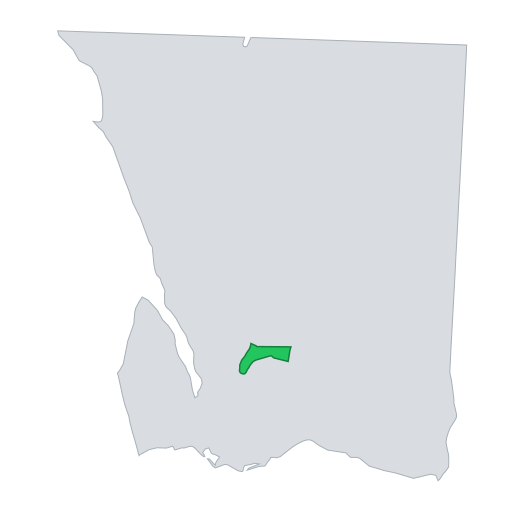 where Bani Suwayf sits in Egypt, rotated 182°
{"feature_id": "EGY-1546", "entity_name": "Bani Suwayf", "entity_type": "Governorate", "adm_level": 1, "iso_a3": "EGY", "parent_name": "Egypt", "parent_adm1": "", "projection": "equal_earth", "projection_center": [30.952, 29.058], "detail": "fine", "context": "in_parent", "style": "filled", "palette": "green", "viewbox_px": 512, "rotation_deg": 182, "n_neighbors": 0, "source": "natural_earth", "source_scale": "10m", "svg_char_len": 3670}
<svg xmlns="http://www.w3.org/2000/svg" viewBox="0 0 512 512"><g transform="rotate(182 256 256)"><path d="M462.0,474.1L450.7,474.1L439.4,474.1L428.1,474.1L416.8,474.2L405.5,474.2L394.2,474.2L382.9,474.2L371.6,474.2L360.4,474.2L349.1,474.2L337.8,474.2L326.5,474.2L315.2,474.2L303.9,474.2L292.6,474.2L281.3,474.2L274.9,474.2L276.0,470.1L276.6,467.2L275.9,465.2L273.7,464.6L272.2,465.3L268.9,473.9L267.1,474.2L263.1,474.2L250.0,474.2L236.8,474.2L223.7,474.2L210.5,474.2L197.4,474.2L184.2,474.2L171.1,474.2L157.9,474.2L144.8,474.2L131.6,474.2L118.5,474.2L105.3,474.2L92.2,474.2L79.1,474.2L65.9,474.2L52.8,474.2L52.9,463.8L53.1,453.5L53.2,443.1L53.4,432.8L53.5,422.5L53.7,412.1L53.8,401.8L54.0,391.5L54.2,381.3L54.3,371.0L54.5,360.7L54.7,350.5L54.8,340.2L55.0,330.0L55.2,319.7L55.4,309.5L55.5,299.3L55.7,289.1L55.9,278.9L56.1,268.8L56.3,258.6L56.4,248.4L56.6,238.3L56.8,228.2L57.0,218.0L57.2,207.9L57.4,197.8L57.6,187.7L57.8,177.7L58.0,167.6L58.1,157.6L58.3,147.5L58.1,145.6L56.4,138.8L54.9,130.2L53.2,119.6L53.1,116.1L50.2,105.2L50.0,102.1L50.8,99.9L56.1,90.7L57.7,86.3L59.1,80.9L59.6,76.6L58.2,69.9L56.6,64.0L56.2,57.9L56.1,51.9L58.7,47.8L61.9,44.0L63.1,41.6L64.9,39.0L66.2,37.8L68.6,43.1L73.8,44.0L90.8,39.3L109.4,44.1L119.7,45.9L135.5,50.0L145.1,57.3L147.7,58.2L154.7,58.1L159.2,62.4L177.4,64.5L187.0,69.2L192.5,73.0L195.8,74.2L198.7,74.0L202.7,72.6L207.7,69.9L213.1,66.2L224.4,56.6L228.3,55.0L230.9,55.4L234.1,55.3L235.4,52.7L237.1,50.9L238.1,48.9L239.8,46.5L245.6,45.8L257.3,41.7L256.0,43.6L245.4,48.3L249.9,48.8L254.6,47.3L259.9,46.2L260.9,44.3L261.6,40.6L262.6,40.1L266.3,40.7L277.2,46.4L280.0,46.6L287.7,43.4L289.3,42.8L291.8,44.5L297.5,51.6L295.5,51.5L289.4,45.4L288.9,48.4L285.4,53.8L289.8,56.1L293.3,56.9L295.2,59.9L296.4,62.6L299.9,61.4L302.4,57.8L301.1,55.8L300.2,53.7L301.3,53.7L303.7,55.4L310.7,62.2L313.1,63.6L315.8,63.4L321.4,61.5L323.0,61.8L330.5,59.3L331.4,61.1L332.7,63.0L338.8,60.9L348.3,60.9L356.1,58.7L365.2,53.3L365.9,52.4L366.4,53.8L367.5,57.5L370.4,66.9L372.9,74.3L376.0,84.6L376.9,88.5L377.4,91.2L381.8,102.5L384.5,111.8L386.4,119.4L389.2,130.5L390.4,134.3L388.6,136.3L384.9,143.6L381.2,166.5L375.7,184.4L375.2,195.7L374.3,199.8L371.6,205.5L368.3,211.1L362.4,208.2L352.7,198.3L347.1,189.0L341.0,183.0L335.3,175.0L333.8,169.3L333.8,165.6L331.3,156.6L329.4,152.4L322.5,142.9L320.5,137.8L318.9,135.5L317.4,132.3L314.9,120.0L312.1,112.2L309.0,114.4L309.6,117.7L306.9,122.2L305.3,127.5L306.6,131.8L312.2,138.4L313.4,141.3L314.7,147.5L314.6,156.0L315.5,158.9L319.7,165.2L321.3,168.9L322.2,172.2L323.6,175.1L327.8,180.6L333.9,191.1L339.7,198.2L343.8,201.6L345.6,205.1L346.1,213.9L345.8,218.2L349.5,226.1L350.9,230.2L354.4,233.4L356.1,237.2L357.6,243.3L360.0,261.4L363.1,265.9L372.8,289.7L381.0,304.9L385.0,316.2L391.0,330.0L403.0,360.3L410.0,369.7L412.9,374.9L417.9,379.0L423.4,384.9L418.3,384.3L416.9,384.7L415.1,385.7L414.3,389.2L414.0,392.1L414.8,407.6L416.3,415.5L421.1,430.4L424.5,434.9L426.2,437.8L428.6,439.9L439.5,445.0L446.0,455.8L460.5,469.5L461.9,473.3L462.0,474.1Z" fill="#d9dde1" stroke="#a8b0b8" stroke-width="1"/><path d="M237.0,156.7L238.6,156.6L252.5,152.0L255.3,150.3L257.6,147.3L258.7,145.5L259.3,144.1L260.6,142.3L261.9,139.3L263.3,137.8L264.8,137.7L265.6,137.9L266.6,138.2L267.1,138.5L267.4,138.8L267.7,139.0L268.0,139.4L268.3,140.0L268.4,140.5L268.5,140.9L268.5,141.4L268.5,141.8L268.4,142.3L268.3,144.2L268.4,146.0L268.4,146.6L268.1,147.4L267.7,148.4L267.1,150.2L266.7,151.2L266.3,152.0L264.8,153.9L263.8,155.3L261.9,159.0L259.6,162.5L258.9,164.1L258.3,166.1L258.1,167.5L258.0,168.4L252.7,166.2L252.1,165.5L217.9,166.4L218.8,163.0L220.2,151.7L234.7,154.8L237.0,156.7Z" fill="#22c55e" stroke="#15803d" stroke-width="1.5"/></g></svg>